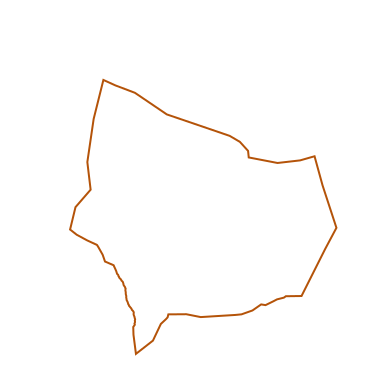 the district of Bulgan, Ömnögovi, Mongolia, rotated 341°
{"feature_id": "93677404B9137444234021", "entity_name": "Bulgan", "entity_type": "district", "adm_level": 2, "iso_a3": "MNG", "parent_name": "Mongolia", "parent_adm1": "Ömnögovi", "projection": "robinson", "projection_center": [103.141, 44.294], "detail": "fine", "context": "isolated", "style": "outline", "palette": "amber", "viewbox_px": 384, "rotation_deg": 341, "n_neighbors": 0, "source": "geoboundaries", "source_scale": "gbopen_adm2", "svg_char_len": 1793}
<svg xmlns="http://www.w3.org/2000/svg" viewBox="0 0 384 384"><g transform="rotate(341 192 192)"><path d="M261.7,326.0L299.4,289.2L316.9,272.9L317.6,228.2L319.5,198.1L304.5,197.3L282.3,192.4L256.9,177.8L258.4,171.4L253.6,160.2L245.9,151.2L193.4,110.4L170.3,79.6L154.3,66.3L144.7,57.2L122.8,90.9L102.8,129.6L100.7,139.2L96.9,156.8L76.9,168.4L64.5,187.8L69.1,194.9L77.0,203.5L84.9,211.1L85.1,211.8L85.6,214.1L87.1,222.3L87.1,229.4L94.0,235.7L94.1,235.9L94.1,236.8L94.4,239.7L94.6,242.2L94.5,244.9L95.1,246.1L95.2,246.6L95.1,247.8L95.3,248.3L95.4,248.5L95.3,249.0L95.4,249.5L95.6,250.1L95.9,250.6L96.2,251.1L96.3,251.6L96.5,252.4L96.5,252.8L96.7,253.2L97.0,253.8L97.2,254.1L97.3,254.5L97.3,255.0L97.3,255.4L97.3,255.8L97.3,256.2L97.2,256.7L97.1,257.2L97.1,257.7L97.1,258.1L97.2,258.4L97.4,259.0L97.5,259.4L97.7,260.1L97.7,260.6L97.6,261.0L97.7,261.3L97.8,261.6L97.6,262.0L97.0,263.3L96.7,265.3L96.5,265.8L96.2,266.8L96.1,267.3L96.0,268.9L95.8,269.5L95.5,270.1L95.4,270.8L95.4,271.2L95.2,271.9L95.1,272.6L95.0,273.0L95.3,274.7L95.3,275.4L95.3,276.0L95.3,276.5L95.2,276.9L95.2,277.2L95.4,277.7L95.5,278.1L95.4,278.5L95.4,279.1L95.6,279.5L95.9,280.1L96.0,280.7L96.4,281.5L96.5,281.9L96.7,282.4L96.8,283.3L96.8,283.7L96.9,284.1L97.3,284.8L97.7,286.0L97.7,286.6L97.7,286.9L97.6,287.3L97.2,288.0L97.1,288.3L96.9,289.0L96.9,290.1L97.0,291.2L96.9,291.6L96.9,291.9L96.8,292.3L96.8,292.9L96.8,293.6L96.8,293.8L96.4,294.5L96.1,294.9L96.0,295.2L96.0,295.5L95.9,296.0L95.5,296.9L94.8,297.6L94.7,298.9L92.5,300.5L90.2,307.9L86.3,326.8L102.9,321.1L106.7,319.8L119.6,306.6L125.9,303.8L128.1,302.6L129.8,300.0L146.8,305.7L159.5,313.1L193.1,322.4L199.0,323.8L210.6,323.7L220.8,320.8L224.7,322.9L233.5,321.8L237.4,321.2L244.5,321.8L246.8,321.1L261.7,326.0Z" fill="none" stroke="#b45309" stroke-width="2"/></g></svg>